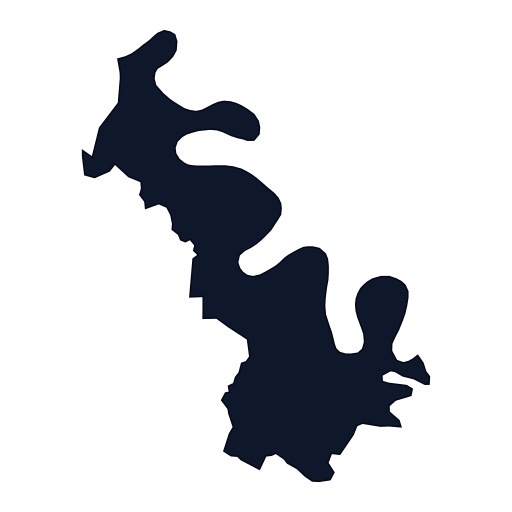 Marcelino Ramos, Rio Grande do Sul, Brazil
{"feature_id": "56859067B19657711015039", "entity_name": "Marcelino Ramos", "entity_type": "district", "adm_level": 2, "iso_a3": "BRA", "parent_name": "Brazil", "parent_adm1": "Rio Grande do Sul", "projection": "natural_earth1", "projection_center": [-51.946, -27.463], "detail": "fine", "context": "isolated", "style": "filled", "palette": "ink", "viewbox_px": 512, "rotation_deg": 0, "n_neighbors": 0, "source": "geoboundaries", "source_scale": "gbopen_adm2", "svg_char_len": 3171}
<svg xmlns="http://www.w3.org/2000/svg" viewBox="0 0 512 512"><path d="M212.7,104.9L206.5,108.2L202.0,110.4L196.3,111.6L190.0,110.7L184.4,108.9L179.5,106.0L173.8,102.4L169.6,99.5L166.3,96.6L162.9,93.7L159.7,90.0L155.6,85.4L153.9,78.5L154.8,72.4L157.2,68.3L161.6,65.6L167.3,61.9L172.6,56.4L176.0,50.2L176.7,41.4L174.7,34.7L170.2,32.1L164.3,30.7L157.9,33.4L154.3,36.3L150.1,40.3L146.6,43.0L143.1,45.5L138.4,49.4L131.8,54.0L125.6,56.9L117.9,59.0L120.3,72.4L120.5,78.2L118.5,103.0L99.6,127.9L92.3,157.4L82.6,150.5L82.6,155.9L84.8,174.8L94.6,177.5L109.3,171.0L114.9,163.9L128.7,176.6L141.1,181.7L141.6,188.7L139.8,194.8L144.9,201.5L145.6,208.4L158.7,203.6L166.9,207.1L170.9,214.8L172.7,223.9L172.2,229.4L178.6,234.5L180.7,239.8L185.3,241.7L190.1,239.3L195.0,245.2L193.7,250.5L198.3,255.0L193.1,258.8L189.9,296.9L203.2,296.4L203.2,310.0L203.1,318.3L216.6,318.0L228.3,326.6L247.5,339.1L249.8,356.7L246.2,361.8L241.6,363.3L239.2,372.7L235.6,377.2L233.7,383.6L228.5,386.1L229.5,392.2L225.5,393.0L221.7,400.2L228.1,408.7L228.9,413.5L233.4,427.1L229.5,433.8L223.9,451.1L231.0,455.7L237.6,456.2L241.2,459.7L259.5,469.3L265.8,455.9L271.6,455.2L275.8,453.2L284.2,458.9L287.5,463.2L297.1,468.5L305.3,476.2L312.4,481.0L319.2,481.3L330.1,479.7L333.9,472.4L327.8,462.9L331.4,453.3L339.8,454.3L353.2,434.6L356.8,425.6L362.3,423.2L380.6,426.1L389.0,425.8L400.9,426.8L399.0,420.5L389.1,411.9L389.0,405.8L395.4,400.1L410.9,395.4L412.2,389.0L406.6,385.6L388.8,383.4L382.2,381.5L381.9,375.2L390.5,370.6L395.0,371.3L402.9,375.9L413.8,378.6L424.8,384.2L429.0,384.2L429.4,376.5L425.7,371.6L423.0,363.1L417.7,355.4L412.9,359.2L408.7,361.5L403.4,362.9L396.6,360.5L391.5,351.0L391.7,343.7L394.5,337.4L398.6,329.4L402.1,320.7L404.7,313.4L406.6,305.2L407.8,297.4L407.8,291.3L404.8,284.9L400.8,281.4L396.2,279.0L389.3,276.6L381.1,276.6L372.7,279.0L367.6,282.0L363.9,285.2L360.8,288.5L358.1,293.5L356.3,298.8L355.7,304.7L356.2,310.6L357.9,317.2L359.7,322.0L361.8,327.7L363.9,333.8L364.6,342.0L362.6,349.2L358.0,353.2L350.6,354.3L345.3,354.1L339.6,352.5L335.8,348.8L334.1,343.9L332.8,338.4L331.2,332.1L329.2,326.6L327.4,321.0L325.3,314.4L324.6,305.7L325.0,298.4L325.7,292.2L326.4,287.1L327.7,279.9L328.1,273.0L328.1,265.7L327.4,259.1L325.3,253.8L319.3,248.5L312.5,247.0L307.8,247.0L303.4,247.6L298.8,249.7L293.3,252.7L288.5,255.5L285.0,258.0L280.4,262.5L275.8,266.3L270.5,269.5L265.4,272.4L260.1,275.1L253.1,276.7L247.3,275.6L242.7,272.4L239.6,268.4L237.6,262.5L239.2,255.1L244.4,250.5L251.1,247.0L256.2,243.6L260.8,239.8L265.1,235.6L270.7,229.8L274.4,224.1L277.4,219.6L280.5,214.5L281.1,208.4L280.6,203.6L278.1,198.3L274.3,193.8L267.4,188.1L260.8,182.3L255.7,178.0L251.3,174.8L246.4,171.9L241.1,169.2L233.0,167.0L225.0,166.0L214.9,166.0L208.9,166.3L204.2,166.3L197.6,166.3L192.1,165.9L187.7,165.1L183.7,163.0L179.1,159.3L175.6,153.5L174.9,147.9L177.0,141.4L181.8,136.6L186.2,134.0L191.5,132.2L198.5,130.3L203.4,129.8L210.3,129.1L217.1,129.7L222.8,131.5L231.0,135.3L238.2,137.7L242.4,138.5L247.5,140.2L253.9,140.2L259.0,134.0L259.5,127.3L258.2,121.1L253.9,114.5L247.5,109.7L241.4,106.0L236.2,103.6L230.6,102.0L223.9,101.4L218.3,102.5L212.7,104.9Z" fill="#0f172a" stroke="#020617" stroke-width="1.5"/></svg>